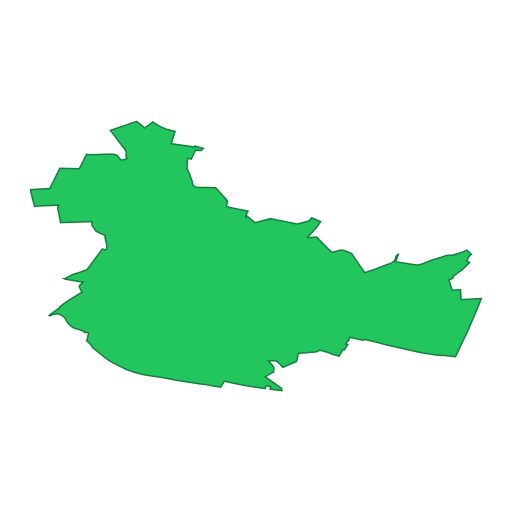 Salaspils, Salaspils, Latvia (Robinson projection)
{"feature_id": "27541924B10713926826642", "entity_name": "Salaspils", "entity_type": "district", "adm_level": 2, "iso_a3": "LVA", "parent_name": "Latvia", "parent_adm1": "Salaspils", "projection": "robinson", "projection_center": [24.35, 56.87], "detail": "fine", "context": "isolated", "style": "filled", "palette": "green", "viewbox_px": 512, "rotation_deg": 0, "n_neighbors": 0, "source": "geoboundaries", "source_scale": "gbopen_adm2", "svg_char_len": 5144}
<svg xmlns="http://www.w3.org/2000/svg" viewBox="0 0 512 512"><path d="M86.9,269.8L80.3,272.1L77.6,273.0L75.1,273.7L73.6,274.2L72.4,274.7L71.6,275.1L67.5,277.3L67.4,277.4L65.4,278.4L64.6,278.6L64.1,278.7L65.0,279.1L82.5,282.1L82.9,282.1L80.2,285.0L79.9,285.2L79.3,285.8L79.4,287.0L81.7,292.0L81.9,292.3L78.6,294.2L76.6,295.5L74.0,297.0L72.3,298.0L70.9,298.9L69.0,300.2L66.6,301.8L62.5,304.7L59.9,306.6L60.2,307.2L58.9,308.2L49.1,315.4L49.9,315.9L52.2,314.7L53.3,314.3L55.0,314.1L57.4,313.9L60.1,314.6L60.9,315.0L63.4,316.5L64.3,317.4L65.3,318.6L66.8,321.5L68.6,323.9L70.5,325.7L72.3,327.1L73.5,327.8L77.5,329.1L79.4,329.7L81.8,330.6L84.8,331.6L84.3,332.2L85.4,332.6L87.2,332.4L88.6,332.9L88.0,335.7L87.8,336.5L87.0,340.3L86.6,340.5L86.9,340.8L91.4,345.3L92.5,347.5L104.1,356.9L105.9,358.3L110.1,361.0L113.2,363.0L115.5,364.1L122.4,367.5L125.1,368.9L130.0,370.8L130.7,371.0L133.6,372.1L140.2,373.8L145.1,375.0L162.6,377.6L163.9,377.8L164.1,377.9L166.0,378.3L169.6,378.9L175.6,380.1L177.9,380.5L199.9,383.9L203.8,384.3L210.3,385.3L213.0,386.0L220.7,387.1L221.0,386.6L222.8,383.7L224.4,381.2L229.1,382.3L231.9,382.9L238.0,384.1L246.2,385.7L253.6,386.9L265.2,388.6L266.0,385.9L270.9,386.4L270.1,389.2L280.3,390.4L281.9,390.6L281.9,389.2L281.5,388.4L279.9,387.1L277.3,385.3L273.4,382.6L265.8,377.2L265.2,376.8L270.5,373.7L272.0,372.8L273.6,372.0L273.6,371.8L273.9,367.2L268.8,361.2L268.6,360.9L272.0,360.8L274.7,360.7L276.0,360.9L276.3,361.4L277.3,361.6L277.6,361.8L282.9,367.4L288.5,364.9L295.9,361.7L296.5,361.5L296.6,361.4L297.8,356.2L298.4,353.3L298.9,353.3L316.3,351.9L319.8,350.3L320.1,350.2L329.4,352.9L331.4,353.5L331.5,354.1L339.2,356.2L340.1,354.4L342.2,350.8L342.6,350.2L342.8,349.8L343.0,349.5L344.5,349.9L346.0,347.3L346.2,347.1L347.7,344.5L345.7,343.9L346.3,343.2L347.2,341.6L347.3,341.4L347.6,340.9L348.2,341.1L349.3,339.3L349.1,338.7L349.8,337.3L355.0,338.4L359.1,339.4L363.6,340.4L364.6,339.3L371.1,340.9L376.1,342.1L385.3,344.6L392.3,346.2L419.7,352.4L430.8,354.2L439.6,355.4L441.0,355.6L441.3,355.2L446.6,355.7L455.5,356.7L456.6,354.4L463.9,338.9L464.2,338.4L466.3,334.1L468.0,330.2L468.8,328.8L468.9,328.3L471.2,322.9L478.1,306.7L478.2,306.3L478.3,306.0L481.3,298.6L461.5,299.6L461.1,299.7L460.5,289.7L459.7,289.8L452.1,290.1L448.9,280.0L452.8,278.3L452.9,276.5L462.2,269.7L464.7,267.3L464.8,267.2L465.1,266.9L469.3,262.8L469.5,262.7L467.0,261.1L468.1,257.4L471.3,254.4L467.0,250.2L462.3,252.1L460.6,252.8L455.4,254.3L452.8,255.1L451.1,255.3L448.5,255.3L446.6,255.5L445.2,255.9L441.9,257.1L431.4,260.2L422.7,263.8L420.8,264.3L418.1,264.8L417.1,265.1L414.5,264.7L396.1,261.9L395.6,261.3L396.3,260.2L396.6,259.6L397.3,257.0L398.8,253.9L396.4,255.7L395.9,256.7L395.2,259.3L394.9,259.9L394.2,261.0L392.7,262.1L391.5,263.0L390.6,263.4L387.5,264.4L385.1,265.3L383.1,266.1L375.1,269.2L373.0,269.9L364.8,272.6L364.1,271.8L351.6,253.6L350.8,253.2L346.1,251.2L343.3,250.3L342.2,250.1L340.0,250.2L332.7,252.4L330.4,251.0L325.4,246.1L319.4,239.9L317.1,237.4L316.9,237.3L316.6,237.1L315.9,237.0L314.7,237.1L311.3,237.5L309.6,237.6L308.0,237.6L307.5,237.6L308.7,236.2L309.3,235.5L317.5,226.2L320.6,221.7L312.8,218.2L311.6,217.8L309.8,220.0L308.8,221.0L297.1,224.1L290.8,222.8L282.5,221.1L275.9,219.8L275.7,219.7L271.1,218.7L269.9,218.8L255.4,222.6L254.9,222.7L254.6,222.4L247.1,216.1L246.2,217.7L245.3,216.6L246.0,215.2L247.5,212.1L248.0,211.2L230.5,207.6L228.7,207.2L226.3,206.4L227.5,201.6L227.2,201.1L226.2,199.9L226.6,199.9L219.7,192.2L215.6,187.7L195.8,187.3L193.1,185.3L192.0,181.0L189.7,174.3L187.1,168.8L187.0,168.0L187.1,166.5L187.2,163.5L187.4,161.8L187.5,158.9L187.5,158.6L187.8,158.2L191.1,159.2L191.3,158.9L195.4,150.4L195.5,150.2L201.1,150.5L201.4,150.4L201.8,150.1L202.0,149.8L202.6,148.5L203.0,148.4L202.6,148.2L198.4,147.0L194.8,146.1L194.5,147.0L188.5,146.1L171.3,143.7L172.0,141.2L172.7,138.8L173.8,135.3L174.7,132.6L175.1,131.4L174.2,131.2L171.7,130.6L169.0,129.9L166.1,129.2L165.1,128.8L163.7,128.1L163.4,128.0L160.9,126.9L158.6,125.7L156.6,124.4L154.0,122.8L153.0,121.9L151.5,122.9L151.4,123.3L144.6,127.9L144.4,128.0L141.5,125.3L136.5,121.4L136.3,121.5L112.2,129.8L111.8,129.9L110.4,130.3L116.2,138.0L118.5,141.2L118.6,141.3L122.7,146.7L123.2,147.3L123.7,147.8L124.4,148.2L125.0,148.3L124.9,148.6L124.8,149.0L124.9,149.4L126.0,151.7L126.3,152.5L126.3,153.0L126.2,153.7L126.0,154.6L125.9,155.4L126.1,156.0L126.2,156.4L126.5,157.5L126.7,158.2L127.0,158.5L123.6,159.9L121.6,159.9L120.4,159.5L119.6,158.6L117.3,155.5L115.9,155.0L113.7,154.2L111.3,154.1L110.4,154.1L110.0,154.2L108.1,154.2L102.9,154.3L102.2,154.4L88.9,154.7L86.5,154.3L83.9,159.6L82.8,161.8L79.3,168.8L78.9,168.7L60.3,168.3L59.9,168.3L49.7,188.6L38.1,189.2L31.5,189.6L30.7,189.6L30.7,191.3L32.3,197.7L34.5,206.3L36.3,206.1L43.2,205.8L43.5,205.8L58.4,205.2L58.6,205.2L58.2,206.4L57.9,207.3L57.7,208.0L57.8,208.9L59.0,214.5L60.6,222.7L61.0,222.6L91.7,221.6L91.9,221.6L91.9,225.1L95.8,230.8L96.1,231.3L105.5,235.6L105.1,236.2L105.0,237.0L105.1,238.2L105.6,240.1L106.8,245.1L106.9,246.5L106.8,247.7L106.5,248.8L105.8,249.9L102.4,249.0L101.0,250.8L99.4,253.0L96.5,256.9L96.4,257.1L96.2,257.3L86.9,269.8Z" fill="#22c55e" stroke="#15803d" stroke-width="1.5"/></svg>